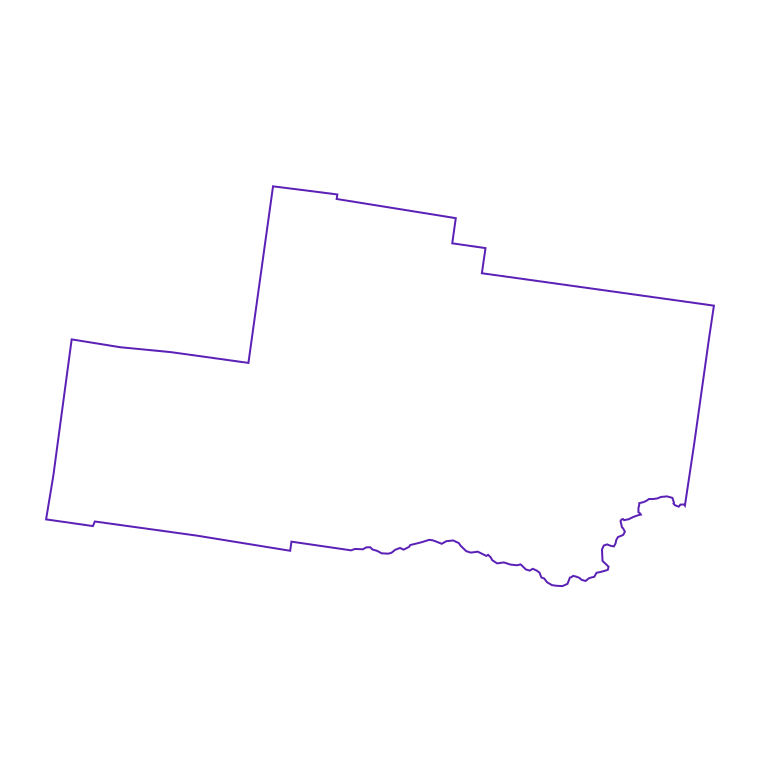 Routt, Colorado, United States of America (Albers equal-area conic projection), rotated 98°
{"feature_id": "52423323B89811146256412", "entity_name": "Routt", "entity_type": "district", "adm_level": 2, "iso_a3": "USA", "parent_name": "United States of America", "parent_adm1": "Colorado", "projection": "albers", "projection_center": [-106.78, 40.461], "detail": "fine", "context": "isolated", "style": "outline", "palette": "violet", "viewbox_px": 768, "rotation_deg": 98, "n_neighbors": 0, "source": "geoboundaries", "source_scale": "gbopen_adm2", "svg_char_len": 1769}
<svg xmlns="http://www.w3.org/2000/svg" viewBox="0 0 768 768"><g transform="rotate(98 384 384)"><path d="M462.5,69.1L399.8,68.5L294.1,68.5L260.5,68.2L260.7,302.5L235.3,302.4L235.2,336.0L209.8,336.0L207.4,456.6L202.8,456.6L203.7,521.4L382.0,521.2L382.1,599.1L384.3,650.6L383.3,699.5L521.0,698.7L565.1,699.8L565.1,696.2L565.2,652.5L560.4,651.2L560.2,548.3L562.2,453.7L553.0,453.7L553.3,393.4L551.4,389.9L550.6,381.9L548.2,378.7L547.6,374.9L549.5,372.4L550.2,367.5L552.0,362.8L551.4,356.1L550.1,353.1L546.6,349.8L544.1,345.3L545.3,341.5L541.8,336.5L539.8,335.6L538.7,332.8L535.4,324.6L532.0,317.5L532.0,314.0L532.9,309.9L534.2,304.6L531.0,300.4L529.3,293.7L531.1,287.8L533.5,285.6L538.1,279.3L538.9,274.6L537.0,267.8L540.0,258.7L538.7,257.1L540.9,254.1L543.4,252.3L545.9,247.0L544.0,240.5L545.2,233.7L545.0,227.0L543.6,223.6L547.9,217.7L548.5,213.7L546.3,211.0L547.4,207.1L549.1,203.8L553.7,201.2L554.3,198.3L557.6,195.0L559.8,189.7L559.8,184.8L559.3,179.2L556.4,174.5L552.3,173.5L549.9,173.0L549.0,171.3L547.7,170.0L547.9,167.5L548.7,163.8L550.4,161.1L551.0,157.0L548.1,154.3L547.2,152.8L545.6,148.9L541.4,147.3L540.0,143.4L538.0,138.8L536.8,136.5L533.7,136.2L531.7,138.9L528.8,143.0L517.6,145.1L513.4,143.9L511.8,140.8L512.7,136.9L512.8,133.7L509.6,132.5L506.2,132.3L503.0,131.0L502.0,129.2L500.1,126.1L496.7,124.9L493.6,127.2L492.8,128.4L490.1,129.4L486.9,130.7L485.2,130.0L484.5,128.5L485.4,127.3L483.9,123.0L481.1,118.8L479.7,116.3L477.9,112.5L477.6,111.5L476.5,112.5L475.5,114.2L471.2,114.8L468.6,114.4L466.5,114.7L466.1,113.8L464.9,110.6L463.1,107.8L461.0,105.6L460.5,101.7L459.2,97.2L457.3,94.0L455.9,88.1L456.6,82.6L461.2,80.3L462.1,80.7L463.4,79.2L463.9,77.7L464.4,75.0L462.2,73.7L461.5,70.1L462.5,69.1Z" fill="none" stroke="#5b21b6" stroke-width="2"/></g></svg>